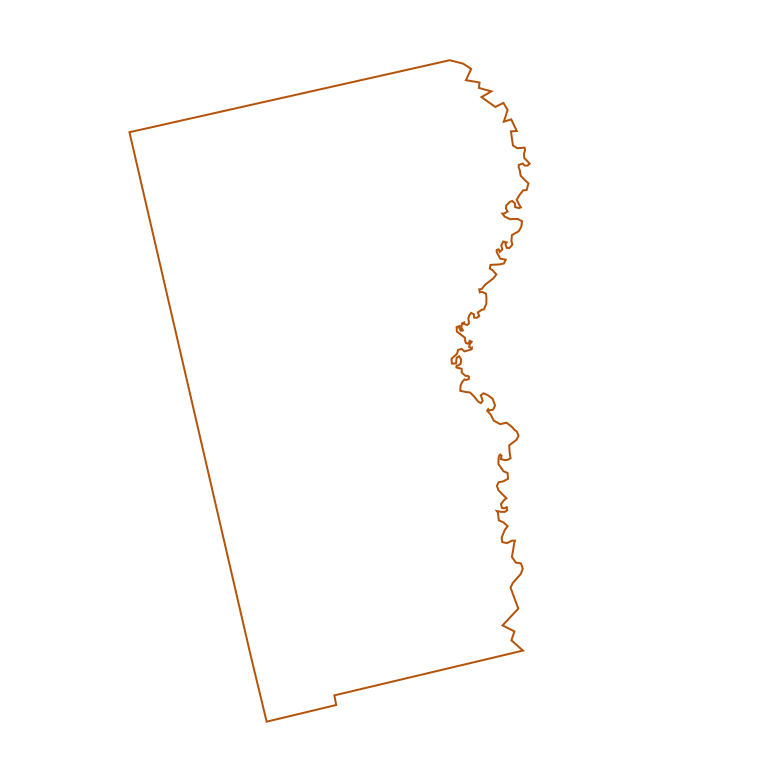 outline of Mellette, South Dakota, United States of America, rotated 77°
{"feature_id": "52423323B72316424334286", "entity_name": "Mellette", "entity_type": "district", "adm_level": 2, "iso_a3": "USA", "parent_name": "United States of America", "parent_adm1": "South Dakota", "projection": "orthographic", "projection_center": [-100.749, 43.623], "detail": "fine", "context": "isolated", "style": "outline", "palette": "amber", "viewbox_px": 768, "rotation_deg": 77, "n_neighbors": 0, "source": "geoboundaries", "source_scale": "gbopen_adm2", "svg_char_len": 2993}
<svg xmlns="http://www.w3.org/2000/svg" viewBox="0 0 768 768"><g transform="rotate(77 384 384)"><path d="M610.8,306.5L606.9,303.3L599.8,293.4L595.1,290.3L589.6,290.9L587.8,295.6L581.3,298.3L574.3,295.3L569.4,293.4L566.1,291.7L565.4,294.4L566.7,299.9L564.7,304.3L560.1,303.9L553.2,299.0L550.4,295.5L545.8,298.6L542.6,302.8L534.8,301.9L533.2,302.6L534.7,299.2L535.8,295.2L534.7,292.4L531.7,292.1L532.2,295.0L531.2,297.0L527.2,297.0L524.1,293.0L522.8,290.4L518.2,293.4L513.2,296.4L508.5,296.9L505.5,294.3L505.7,289.6L504.3,284.5L498.5,283.6L495.8,287.3L487.6,290.5L481.9,289.0L479.9,288.0L478.9,286.7L480.3,285.6L483.4,287.0L485.6,282.9L485.6,280.4L484.8,277.4L478.9,277.0L471.9,275.8L468.1,267.3L464.6,264.5L460.1,265.3L458.4,267.0L454.3,269.2L449.3,273.3L449.2,279.9L444.4,285.3L437.7,287.0L433.3,289.5L432.0,288.1L433.4,287.6L433.5,283.4L429.9,280.6L422.8,281.5L418.3,285.3L415.4,289.2L416.9,292.3L420.1,291.8L422.6,291.7L424.4,293.9L422.5,296.1L416.6,298.9L411.7,302.0L410.1,306.3L407.8,311.2L404.8,310.3L402.5,309.6L399.9,307.6L397.6,304.5L398.6,303.1L398.2,300.3L396.4,299.6L395.2,300.2L394.2,303.0L390.3,305.7L386.6,304.9L385.1,308.0L384.2,309.7L382.9,309.4L382.5,307.5L381.6,304.8L377.8,303.3L376.1,303.8L373.9,304.5L374.7,307.3L380.2,309.2L379.4,313.2L374.6,312.6L371.0,306.1L367.5,304.1L367.2,300.5L370.3,298.3L370.1,293.4L369.9,290.8L368.3,290.1L368.3,291.1L367.1,292.8L364.6,291.5L362.6,289.1L361.2,290.8L362.4,291.4L363.5,293.3L362.5,295.0L359.8,295.2L357.3,294.6L349.3,301.2L344.8,300.4L344.5,297.6L346.2,298.1L349.4,297.2L349.5,295.1L346.2,296.0L342.5,294.3L342.1,292.2L343.4,292.6L345.2,289.7L344.3,287.8L341.9,287.2L339.2,287.2L336.5,285.6L334.3,283.1L336.3,280.8L339.5,281.3L340.4,278.9L339.2,275.9L335.4,276.5L333.7,272.2L333.7,269.8L328.8,266.2L323.2,264.8L318.9,264.3L316.4,267.7L316.2,270.0L313.2,269.9L313.5,267.5L309.9,263.0L305.7,253.8L302.6,249.9L297.6,252.6L295.3,255.0L291.9,253.4L292.6,249.6L293.5,244.3L293.5,239.9L290.2,237.5L288.1,242.5L280.6,244.5L278.7,244.0L278.6,242.0L281.3,241.5L279.4,238.4L275.4,238.6L272.0,235.8L273.6,232.7L274.7,234.2L278.9,233.8L279.7,231.1L277.0,227.5L273.5,227.7L267.7,225.9L265.5,218.5L261.8,214.9L256.4,212.9L253.2,216.7L251.8,224.0L248.0,228.8L244.6,230.3L244.9,228.9L243.8,224.8L240.4,225.7L237.6,224.8L234.8,220.4L234.5,217.9L237.4,215.8L241.1,216.4L242.9,213.1L242.7,210.9L239.1,212.1L234.2,213.2L229.9,209.0L226.6,204.8L227.1,201.4L221.0,198.1L217.6,200.5L211.8,204.0L206.7,203.6L203.1,204.0L200.9,203.4L200.4,199.2L202.7,197.9L203.5,194.9L202.5,193.4L202.2,192.6L199.0,194.2L195.4,196.5L191.1,195.8L187.7,193.9L185.3,193.9L184.8,197.4L184.2,201.1L180.6,204.7L166.4,203.5L167.4,197.7L154.8,200.5L155.3,208.2L144.8,201.9L137.0,204.4L139.1,213.2L126.4,224.5L123.0,213.6L116.9,224.9L111.7,223.1L106.4,235.8L96.6,228.2L89.6,234.9L83.3,247.1L81.4,575.4L616.0,575.0L686.6,574.3L686.0,502.8L676.2,502.4L675.0,308.6L662.4,317.5L654.4,312.6L645.9,322.8L633.1,303.7L610.8,306.5Z" fill="none" stroke="#b45309" stroke-width="2"/></g></svg>